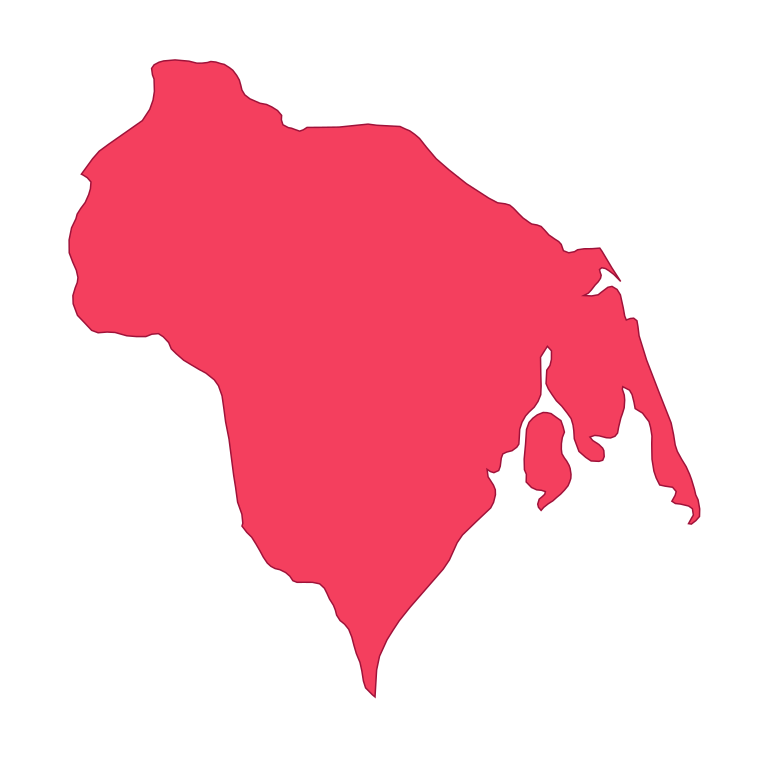 Bendjè, Ogooué-Maritime, Gabon, rotated 183°
{"feature_id": "22940354B80874584292882", "entity_name": "Bendjè", "entity_type": "district", "adm_level": 2, "iso_a3": "GAB", "parent_name": "Gabon", "parent_adm1": "Ogooué-Maritime", "projection": "natural_earth1", "projection_center": [9.224, -0.836], "detail": "fine", "context": "isolated", "style": "filled", "palette": "rose", "viewbox_px": 768, "rotation_deg": 183, "n_neighbors": 0, "source": "geoboundaries", "source_scale": "gbopen_adm2", "svg_char_len": 4627}
<svg xmlns="http://www.w3.org/2000/svg" viewBox="0 0 768 768"><g transform="rotate(183 384 384)"><path d="M518.4,234.7L513.2,228.6L508.1,224.1L503.4,217.4L499.1,210.8L495.4,204.7L491.1,199.0L487.4,196.0L483.1,194.0L478.2,193.1L472.4,190.6L468.0,187.2L464.7,182.8L460.5,181.4L453.8,181.8L445.1,182.2L437.8,181.1L432.8,176.9L429.9,171.8L427.2,166.5L422.9,160.4L420.8,155.8L419.2,150.7L415.5,145.5L410.8,142.1L406.4,137.2L402.9,129.6L400.4,121.6L397.5,113.3L393.4,104.7L391.1,96.3L389.0,86.3L386.5,79.6L379.5,73.2L376.6,71.0L376.4,98.0L374.2,112.0L370.6,121.1L367.6,128.7L362.0,138.8L356.3,148.5L346.4,162.3L331.7,181.1L315.2,202.2L309.5,211.7L302.6,229.4L297.7,237.4L284.7,251.4L271.0,265.8L268.4,271.5L266.9,279.2L267.3,284.2L269.4,288.7L273.1,293.9L275.2,296.7L276.6,304.2L273.1,302.1L269.6,301.2L264.9,303.6L263.6,307.9L263.0,316.1L261.7,320.4L258.0,322.4L252.6,324.1L248.1,327.8L246.2,331.0L246.1,338.3L246.1,345.9L244.2,353.0L241.0,359.5L237.7,363.6L232.8,368.7L229.3,374.6L226.9,381.5L227.0,390.3L228.0,403.0L229.1,419.0L224.4,427.4L222.8,430.2L218.5,425.9L218.1,417.3L219.2,411.2L222.2,406.3L222.2,392.9L219.6,387.7L215.5,382.1L211.0,376.3L205.2,371.1L199.4,364.4L195.3,359.2L193.1,353.0L192.0,347.2L191.1,339.2L188.3,332.7L185.8,326.9L178.7,321.3L173.2,318.0L165.3,318.0L161.6,319.3L160.3,323.0L161.0,329.0L162.3,331.4L166.3,334.9L172.6,338.5L175.6,341.8L170.9,343.7L166.4,343.5L159.2,342.0L154.9,342.0L150.6,343.9L148.2,347.2L147.4,353.4L145.7,362.5L144.4,366.8L142.9,372.8L142.8,380.6L143.5,385.6L145.7,391.2L145.4,393.8L138.5,390.7L135.7,386.4L133.4,378.9L131.9,372.6L127.5,370.2L124.3,368.5L120.4,363.8L117.4,360.3L115.5,354.5L113.7,346.1L113.5,338.5L112.9,329.7L112.4,322.8L109.9,311.1L107.3,304.5L103.4,297.6L98.0,296.7L90.4,296.0L86.6,291.9L87.4,288.1L90.4,282.0L86.8,279.9L81.6,279.6L73.4,278.1L69.5,275.6L68.2,269.3L69.8,266.3L72.6,260.5L69.7,260.2L65.4,263.9L62.0,268.2L62.2,275.8L64.3,284.8L66.9,289.6L68.5,295.2L71.9,304.7L74.1,309.8L77.9,317.2L82.9,324.5L87.6,332.1L90.0,338.3L92.2,348.7L95.2,360.1L108.6,389.4L123.0,421.6L131.8,445.5L133.4,454.6L134.7,460.4L138.1,462.8L141.5,462.3L145.4,460.6L147.2,464.5L149.1,472.7L150.4,477.4L152.6,485.4L156.2,490.6L161.4,493.4L165.5,492.3L171.9,486.9L174.8,484.3L181.4,482.8L189.2,482.8L184.7,485.4L181.9,488.7L178.4,493.8L175.4,497.3L173.3,500.9L172.8,504.0L173.9,506.6L174.8,509.6L172.6,511.5L168.9,510.9L165.3,508.9L160.3,505.5L153.0,498.8L162.5,511.9L173.2,527.9L175.6,531.0L183.5,530.0L191.2,529.5L197.7,528.2L200.7,526.1L206.4,524.7L211.8,526.5L214.3,532.7L217.0,535.4L221.1,537.7L227.2,541.5L231.6,546.0L235.3,549.5L239.4,550.8L244.9,551.5L247.7,553.1L253.9,557.1L258.5,561.2L263.9,566.3L267.8,569.2L272.5,570.3L280.1,570.9L289.3,575.2L312.1,588.3L330.4,601.3L343.7,611.7L354.3,623.0L361.4,631.1L366.4,634.9L371.6,638.2L375.6,639.6L381.5,642.0L404.7,642.0L413.5,642.7L425.8,640.8L442.4,638.2L462.2,636.9L474.3,636.2L477.9,633.6L481.5,632.1L486.6,633.6L489.7,634.6L492.9,635.0L498.5,637.6L500.3,642.4L500.3,646.9L504.6,651.5L510.5,654.8L515.9,657.0L522.6,657.9L532.9,661.8L538.2,665.5L541.3,670.2L542.7,675.0L544.4,680.0L547.2,684.4L551.4,689.4L554.7,691.7L560.2,694.8L563.7,695.4L568.7,696.7L573.8,697.0L577.1,695.8L582.5,694.9L587.6,694.6L595.7,696.2L609.6,696.7L621.0,695.1L625.5,693.6L630.3,690.7L632.6,687.0L631.4,680.6L629.6,676.5L628.6,664.2L629.5,655.4L632.3,646.0L639.1,634.4L653.0,623.5L671.2,609.3L680.6,601.6L686.8,593.7L697.2,577.7L695.6,577.0L691.1,574.5L687.2,570.4L687.4,563.6L688.8,557.7L691.9,549.6L696.0,543.5L699.3,537.6L700.3,532.9L704.2,523.6L706.0,511.4L705.2,498.5L701.1,489.2L697.2,481.5L695.2,474.3L695.6,469.3L697.4,463.9L699.3,456.0L698.6,447.8L693.7,436.5L688.4,431.5L678.8,422.3L672.2,420.2L663.2,421.4L655.3,421.4L643.4,418.7L633.8,418.4L624.3,418.9L618.4,421.6L611.9,422.5L606.9,419.6L601.2,414.1L598.3,408.0L593.0,403.3L585.2,397.2L577.1,392.9L568.9,388.6L562.5,385.6L553.7,379.3L549.2,373.6L545.1,363.7L542.7,351.5L540.2,337.9L535.9,320.9L532.2,300.6L529.4,285.2L526.9,273.5L524.0,258.3L519.1,246.5L517.7,237.5L518.4,234.7ZM223.6,363.9L229.3,361.2L233.6,357.6L237.1,353.3L239.3,346.1L239.5,331.4L240.1,316.4L239.3,305.8L237.1,301.3L236.9,293.6L231.3,288.4L226.0,286.3L221.3,286.1L217.2,285.0L217.7,282.3L220.1,279.8L223.0,277.1L224.2,272.1L223.3,269.0L220.5,266.0L218.0,269.2L213.7,273.0L209.2,276.2L205.6,279.8L201.9,283.2L198.2,287.5L194.9,292.0L193.5,295.8L192.5,299.5L192.5,303.5L193.7,309.4L194.9,312.4L197.6,316.7L200.0,319.6L202.7,323.7L203.5,328.2L203.7,333.8L203.1,339.9L201.3,345.4L202.9,350.6L205.4,356.7L209.4,359.2L215.6,363.2L219.7,363.9L223.6,363.9Z" fill="#f43f5e" stroke="#9f1239" stroke-width="1.5"/></g></svg>